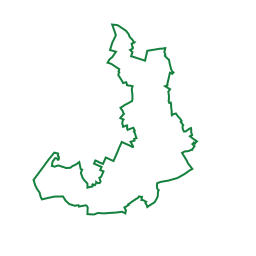 outline of Aba North, Abia, Nigeria, rotated 108°
{"feature_id": "59680162B53329994117155", "entity_name": "Aba North", "entity_type": "district", "adm_level": 2, "iso_a3": "NGA", "parent_name": "Nigeria", "parent_adm1": "Abia", "projection": "mercator", "projection_center": [7.362, 5.109], "detail": "fine", "context": "isolated", "style": "outline", "palette": "green", "viewbox_px": 256, "rotation_deg": 108, "n_neighbors": 0, "source": "geoboundaries", "source_scale": "gbopen_adm2", "svg_char_len": 4703}
<svg xmlns="http://www.w3.org/2000/svg" viewBox="0 0 256 256"><g transform="rotate(108 128 128)"><path d="M206.6,201.8L206.8,201.5L211.0,198.7L214.0,195.8L216.6,192.3L218.0,191.3L220.2,190.0L222.5,187.8L218.5,181.2L215.9,176.6L213.2,168.7L215.9,165.4L216.2,165.3L218.5,160.3L218.4,154.4L217.7,153.4L217.2,152.3L216.8,151.2L217.9,150.4L217.4,149.6L216.0,146.9L214.6,144.4L214.6,143.9L215.0,142.9L216.0,141.8L217.4,141.4L222.4,140.0L221.9,137.8L221.0,134.4L220.4,133.1L219.3,131.8L218.7,131.2L218.0,129.9L217.1,126.1L216.3,123.6L215.6,121.8L214.9,120.4L212.9,115.1L211.5,111.9L209.9,108.7L209.5,107.7L210.0,104.2L209.4,104.3L208.5,104.4L208.0,104.4L207.5,104.4L206.9,104.5L206.6,105.0L205.6,106.0L204.6,106.9L203.8,106.0L203.6,105.7L202.3,104.7L201.0,103.6L200.5,104.2L199.6,103.5L198.9,102.8L197.0,101.6L195.4,100.3L193.0,98.4L192.2,97.6L191.2,96.9L190.8,96.6L189.8,96.5L189.6,96.2L189.6,95.6L189.5,94.5L189.2,93.4L192.3,93.0L192.0,91.8L192.0,91.2L192.1,90.1L192.5,89.0L192.5,87.9L193.6,88.1L194.1,88.2L194.7,87.3L195.7,86.2L196.2,85.8L196.6,85.6L197.2,85.2L195.9,84.3L194.4,83.1L190.6,79.9L189.9,79.6L188.1,79.3L186.0,78.8L184.3,78.6L181.8,79.1L180.1,79.6L178.8,79.8L177.6,79.6L177.0,81.0L176.2,81.7L175.2,82.2L174.1,82.6L171.5,83.2L169.1,80.2L165.5,73.3L160.3,65.5L154.2,59.9L149.6,56.5L147.0,54.2L143.1,60.0L140.9,62.0L135.0,68.9L132.8,66.9L131.5,63.8L130.7,62.7L129.0,60.9L129.1,60.4L126.5,59.7L124.7,59.1L123.4,61.8L122.4,61.2L121.5,61.0L122.1,59.5L120.7,59.1L119.4,58.3L118.1,62.7L116.7,66.5L114.9,64.8L112.7,66.5L112.0,66.8L111.0,67.0L109.5,67.6L108.6,68.1L109.4,69.0L110.4,70.0L112.3,71.2L113.2,71.9L114.1,73.5L112.6,75.2L111.4,75.9L110.1,76.5L109.3,76.6L108.3,76.3L105.9,79.8L104.7,79.2L103.6,80.5L102.4,82.4L102.3,82.7L101.2,84.5L99.4,87.0L100.6,88.7L101.4,89.6L102.0,90.1L102.3,90.2L102.0,90.5L101.5,90.7L100.0,91.1L98.8,91.5L96.8,92.5L94.1,93.7L92.5,94.2L90.6,95.2L91.1,95.9L91.4,96.5L90.8,97.0L90.2,97.5L89.4,97.8L88.4,97.8L87.0,98.4L85.5,98.7L83.6,99.5L82.2,100.3L80.9,100.9L78.1,100.0L77.4,103.2L76.8,105.6L75.9,104.5L75.4,103.7L75.0,103.7L74.3,104.0L73.8,104.2L67.7,104.7L62.5,105.2L62.8,102.7L61.1,101.9L60.6,103.6L58.0,105.7L53.2,108.6L50.5,110.1L49.8,111.8L48.0,115.3L46.9,115.0L45.7,115.9L44.6,116.9L41.7,117.1L41.2,117.1L40.4,117.3L41.3,118.7L42.1,120.3L42.7,122.1L46.3,129.0L48.6,133.5L58.7,132.6L58.7,144.2L58.8,147.2L56.7,147.2L55.3,147.2L54.4,147.2L54.1,147.9L53.1,150.1L52.4,149.4L51.4,148.4L51.0,148.1L50.5,148.5L50.3,148.4L49.9,148.2L48.9,149.2L48.4,149.5L46.8,150.6L46.6,150.6L46.3,150.3L46.3,150.0L45.3,149.1L45.2,148.8L45.0,148.6L44.4,148.3L44.5,149.3L43.4,150.1L42.5,151.5L41.7,153.1L40.7,154.6L39.8,155.5L38.5,156.4L36.7,159.2L36.3,159.6L33.5,169.2L33.7,171.5L34.0,172.4L34.5,175.0L42.4,169.0L43.6,168.2L45.0,168.4L46.0,168.5L51.6,169.3L59.4,169.2L59.2,163.0L65.3,164.8L68.3,166.7L70.1,167.2L72.2,167.6L72.1,165.7L72.2,164.0L72.4,162.9L74.3,156.2L74.7,154.5L77.3,154.4L77.7,153.5L79.2,153.8L80.9,153.4L82.0,151.9L85.3,148.0L86.8,146.5L85.0,144.0L85.7,143.3L86.2,143.0L86.8,142.4L87.6,142.2L87.5,141.0L87.1,138.9L86.9,137.7L86.9,136.5L89.3,136.5L91.7,135.7L93.4,134.8L95.2,134.0L95.8,133.8L99.5,132.6L101.1,132.5L104.3,135.4L107.4,138.5L108.3,139.0L109.8,140.3L111.1,141.4L112.2,140.1L112.7,139.3L113.4,138.4L114.7,137.4L115.6,136.6L115.8,136.2L117.1,136.9L118.3,137.4L119.4,137.9L120.3,138.3L121.0,138.4L121.3,134.9L122.3,135.2L123.9,135.2L124.7,135.0L125.7,134.8L126.6,134.0L128.1,133.2L128.4,133.0L127.8,132.3L127.2,131.6L126.0,130.0L125.9,129.9L125.8,129.6L126.8,129.3L128.7,128.7L129.9,127.8L128.2,125.8L126.1,122.9L127.5,121.7L128.2,121.0L128.5,120.7L129.5,121.4L130.7,119.9L132.0,119.0L133.6,117.9L134.6,117.2L135.0,116.8L136.5,118.8L138.0,117.9L140.3,121.3L144.0,117.4L144.3,117.3L144.6,117.6L144.7,118.3L144.4,119.2L143.8,124.4L143.2,129.6L149.4,130.3L153.6,130.6L156.9,130.9L163.9,131.6L162.9,140.0L169.9,140.7L169.5,146.0L169.2,146.3L169.0,149.0L172.4,149.3L173.2,141.1L176.6,141.4L176.8,137.9L180.2,138.2L182.2,138.4L183.1,138.7L184.2,139.9L187.3,137.6L188.3,137.6L189.2,138.1L189.7,139.5L189.2,141.5L189.9,141.2L192.2,141.7L192.7,141.9L192.5,143.3L192.5,144.3L193.0,144.4L194.0,143.7L194.8,143.9L195.7,145.9L197.3,148.1L193.4,149.4L191.0,153.7L189.5,155.7L185.5,158.8L184.7,159.0L181.8,158.7L181.7,160.3L175.5,163.8L178.0,165.6L179.9,167.3L181.3,169.0L183.7,170.6L185.2,174.5L185.1,177.0L185.2,182.9L187.4,185.7L187.6,188.7L185.8,188.9L185.1,189.2L183.2,189.2L182.1,189.1L181.4,188.6L180.3,188.3L179.5,188.3L179.2,187.9L178.9,187.0L178.9,186.2L179.6,185.1L179.9,184.8L179.4,184.2L178.0,184.4L176.8,184.9L176.3,185.4L176.2,186.0L175.7,186.2L173.9,186.6L174.2,190.5L182.7,193.8L192.5,197.0L206.6,201.8Z" fill="none" stroke="#15803d" stroke-width="2"/></g></svg>